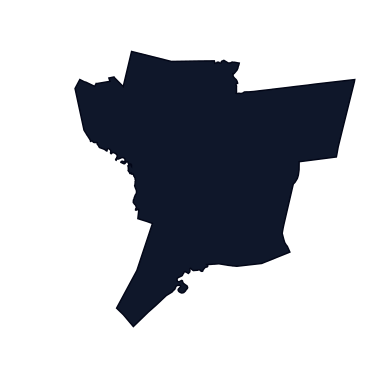 the district of Ommen, Overijssel, Netherlands, rotated 102°
{"feature_id": "6326949B52754123611932", "entity_name": "Ommen", "entity_type": "district", "adm_level": 2, "iso_a3": "NLD", "parent_name": "Netherlands", "parent_adm1": "Overijssel", "projection": "albers", "projection_center": [6.449, 52.51], "detail": "fine", "context": "isolated", "style": "filled", "palette": "ink", "viewbox_px": 384, "rotation_deg": 102, "n_neighbors": 0, "source": "geoboundaries", "source_scale": "gbopen_adm2", "svg_char_len": 5852}
<svg xmlns="http://www.w3.org/2000/svg" viewBox="0 0 384 384"><g transform="rotate(102 192 192)"><path d="M105.3,325.1L115.1,327.9L153.9,310.5L155.6,308.9L157.0,307.5L157.7,307.0L159.1,305.4L159.5,305.1L162.3,302.3L163.5,301.8L163.6,301.6L163.4,301.3L162.9,301.0L162.7,300.5L162.7,300.3L163.8,298.8L163.9,298.2L163.9,297.7L163.6,296.5L163.6,296.3L163.4,295.3L163.4,294.9L163.7,294.7L164.6,294.8L164.8,294.7L165.6,293.8L165.8,293.4L167.4,292.1L167.7,291.7L168.2,288.4L168.2,288.1L168.3,287.6L168.6,286.3L168.9,285.6L169.5,284.4L169.6,284.0L169.5,283.7L169.3,283.7L168.1,283.8L167.3,283.6L167.1,283.3L167.0,283.1L166.9,282.9L166.9,282.6L167.4,281.4L167.7,280.9L168.1,280.4L168.8,279.9L170.7,279.8L171.2,279.4L171.3,279.2L171.3,278.9L170.3,278.2L169.9,277.8L169.8,277.5L169.8,276.7L169.9,276.3L170.0,275.6L170.2,275.0L170.8,273.8L171.1,273.4L171.6,273.0L172.2,272.6L172.6,272.5L173.2,272.5L173.4,272.7L173.6,272.8L174.5,272.8L175.8,273.4L176.3,273.4L176.5,273.2L176.7,272.8L176.5,272.7L175.8,272.6L175.5,272.4L175.3,272.2L175.2,271.9L175.1,271.1L174.9,270.6L174.2,269.7L173.7,269.1L173.7,268.8L173.5,268.6L173.3,268.5L173.0,267.9L172.8,267.4L172.7,266.1L172.7,265.9L173.1,265.4L173.4,264.7L173.6,264.6L174.1,264.3L174.6,264.2L175.6,263.9L175.9,263.9L176.2,264.2L176.3,264.6L176.5,265.7L176.4,266.0L176.3,266.3L176.4,266.7L176.6,267.2L176.9,267.5L177.3,267.7L177.6,267.8L177.8,267.7L178.0,266.7L178.5,264.8L178.5,264.5L178.4,263.9L178.1,263.6L177.2,263.1L176.7,262.8L176.0,262.2L175.9,262.0L176.0,261.8L176.0,261.4L176.1,261.0L176.3,260.7L177.4,260.1L177.7,259.9L177.9,259.5L177.9,259.3L177.9,259.1L177.3,258.2L177.4,257.9L177.4,257.6L177.8,257.0L178.4,256.7L179.4,256.5L178.6,257.3L178.3,257.8L178.2,258.2L178.1,258.4L178.2,258.7L178.4,258.8L178.5,259.0L178.6,259.4L178.5,259.6L178.8,259.6L179.4,259.6L179.4,259.8L179.5,259.9L179.9,259.9L180.1,259.8L180.1,259.6L180.3,259.6L180.3,259.8L180.7,259.5L181.5,259.4L182.2,259.2L182.4,259.0L183.7,258.9L183.9,258.9L184.0,258.9L183.9,258.7L184.3,258.6L184.5,258.4L185.1,258.1L185.7,257.3L186.5,256.8L186.8,256.5L186.8,256.2L186.0,255.5L185.9,255.4L186.0,255.1L186.8,255.1L187.0,254.9L186.9,253.4L186.8,253.2L188.4,252.2L188.7,252.0L188.8,251.8L189.6,251.1L190.8,250.3L191.6,250.2L192.4,249.6L192.7,249.6L193.5,249.8L194.8,249.5L195.8,249.4L197.1,249.3L197.6,249.4L197.8,249.4L200.6,247.7L201.4,247.0L203.0,246.4L203.8,246.2L205.1,246.2L206.3,246.6L206.6,246.8L209.6,247.3L211.2,247.3L211.9,247.6L212.4,247.6L213.1,247.4L214.1,247.4L214.7,247.0L215.1,246.4L215.5,246.1L216.0,245.5L216.4,244.7L218.0,243.5L218.7,243.1L219.6,243.4L220.5,243.6L221.3,243.5L221.4,243.3L221.1,242.2L220.4,241.9L220.2,241.5L220.2,241.1L220.5,240.8L220.3,240.6L221.6,240.2L229.3,239.4L230.2,230.0L231.0,224.1L280.3,229.6L321.3,241.6L326.3,233.6L335.8,221.4L318.5,209.8L310.7,204.0L299.0,195.9L298.4,195.4L294.7,191.5L293.9,190.7L293.3,190.3L292.6,190.0L291.8,189.8L291.7,189.5L291.6,189.2L291.1,189.0L290.4,188.5L289.4,188.5L289.1,188.4L289.0,188.2L288.2,188.3L287.1,187.7L286.6,187.1L286.2,186.1L285.9,184.9L285.9,184.3L286.0,184.0L286.6,183.5L287.3,183.6L289.7,185.1L290.0,185.2L290.7,185.2L291.4,184.8L292.0,184.2L292.4,183.4L292.7,182.5L292.9,181.3L292.9,181.0L292.4,179.7L292.2,179.5L291.9,179.0L291.4,178.8L291.1,178.5L290.6,178.3L290.3,177.9L289.0,177.5L287.5,176.6L286.8,176.4L286.6,176.4L286.1,176.5L285.4,177.0L284.9,177.4L284.7,177.6L284.4,178.7L284.0,179.5L283.3,181.0L283.1,181.4L282.6,181.9L282.0,182.4L280.9,182.9L280.7,183.3L280.7,183.6L280.7,183.9L281.8,185.0L282.2,185.6L282.4,185.9L282.6,186.6L282.6,186.8L282.5,187.2L282.0,187.9L281.6,188.1L280.4,188.5L279.9,188.5L279.3,188.4L278.2,187.2L276.6,185.1L275.9,184.3L275.2,184.0L274.4,183.9L273.4,183.4L272.2,183.1L271.8,182.9L271.4,182.6L271.2,182.3L271.2,181.9L271.4,181.5L271.7,181.2L271.8,180.2L272.4,178.7L271.1,177.8L270.5,177.6L269.2,177.7L267.7,178.1L267.4,178.0L267.1,177.8L267.0,177.7L266.9,177.5L267.1,176.9L267.2,176.7L267.7,176.2L267.9,175.8L268.5,174.6L268.5,174.3L268.5,173.9L268.3,173.5L268.1,172.9L267.4,170.4L266.9,169.6L266.6,168.8L266.6,168.4L266.7,168.0L266.9,167.6L267.2,167.4L267.4,167.0L267.5,166.6L267.6,166.1L267.5,165.6L267.3,165.3L266.9,165.0L265.9,165.0L265.5,164.8L263.6,163.8L262.9,163.3L262.7,163.0L262.3,161.9L262.0,161.5L261.7,161.3L261.2,161.2L260.4,161.4L260.2,161.6L259.8,162.3L258.9,158.6L258.2,156.4L257.9,155.1L256.7,151.1L256.6,150.5L256.2,142.3L256.2,141.5L255.7,136.8L255.8,136.8L255.6,135.4L255.3,132.7L247.4,109.0L230.4,83.8L225.3,87.5L224.2,88.9L222.2,90.8L219.3,92.4L213.7,95.2L208.3,95.4L204.6,95.4L163.2,94.6L161.1,93.3L156.9,91.8L153.4,91.5L148.1,91.9L140.1,93.5L127.7,58.1L123.6,58.2L117.5,58.4L98.7,57.8L50.4,56.1L48.2,56.2L60.9,94.1L63.5,101.4L67.3,112.7L69.9,120.2L74.9,135.0L75.1,135.4L79.3,148.0L80.8,152.3L82.3,157.4L83.1,161.0L83.3,161.5L83.7,162.0L84.9,163.1L85.5,164.7L85.7,166.8L86.3,168.1L86.3,168.3L86.2,169.4L85.8,169.3L85.3,169.2L81.3,170.1L79.8,170.4L79.4,170.4L78.7,170.7L78.4,171.1L78.0,171.3L76.6,171.1L76.4,170.7L76.3,170.0L76.0,170.0L74.1,171.1L72.9,172.2L72.6,172.7L71.7,174.2L70.5,175.6L69.6,176.1L68.3,176.2L67.8,176.5L67.8,176.0L67.8,175.9L67.5,175.6L67.1,175.3L63.3,173.3L61.4,172.9L59.4,172.9L58.5,172.7L57.1,172.6L56.1,172.6L56.2,174.4L56.2,176.1L56.3,177.8L56.6,178.9L56.5,179.5L56.7,180.0L57.3,180.7L57.6,181.0L57.9,181.5L57.9,181.8L58.1,182.5L58.2,183.0L58.3,183.3L57.1,186.8L56.7,187.8L56.8,188.0L56.7,188.1L56.7,188.4L56.9,188.7L57.6,189.5L57.8,190.0L58.5,190.4L58.9,190.4L59.2,190.2L59.4,190.2L59.5,190.4L60.0,191.1L60.1,191.5L60.2,191.9L60.0,192.1L59.6,192.5L59.6,192.8L59.5,193.0L59.8,194.2L60.2,194.1L61.4,196.5L59.1,197.4L62.6,213.1L68.6,239.3L67.1,280.3L103.2,281.2L96.4,291.5L95.7,292.2L97.8,297.0L100.8,295.2L105.8,307.8L105.9,308.0L105.8,308.3L108.9,309.2L106.6,318.8L106.6,319.1L106.7,319.5L106.7,319.8L105.3,325.1Z" fill="#0f172a" stroke="#020617" stroke-width="1.5"/></g></svg>